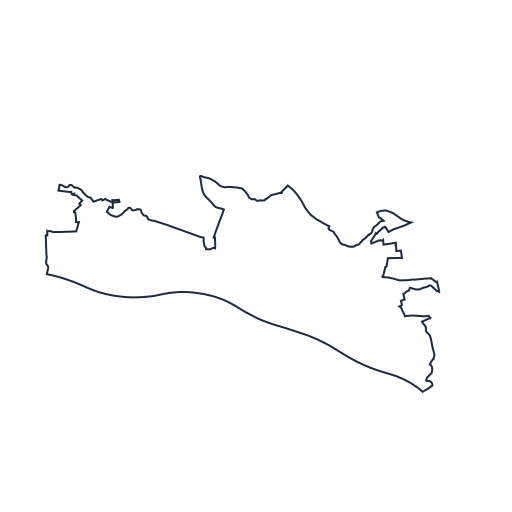 the district of Neder-Betuwe, Gelderland, Netherlands, rotated 19°
{"feature_id": "6326949B61475164445939", "entity_name": "Neder-Betuwe", "entity_type": "district", "adm_level": 2, "iso_a3": "NLD", "parent_name": "Netherlands", "parent_adm1": "Gelderland", "projection": "orthographic", "projection_center": [5.585, 51.922], "detail": "fine", "context": "isolated", "style": "outline", "palette": "slate", "viewbox_px": 512, "rotation_deg": 19, "n_neighbors": 0, "source": "geoboundaries", "source_scale": "gbopen_adm2", "svg_char_len": 6039}
<svg xmlns="http://www.w3.org/2000/svg" viewBox="0 0 512 512"><g transform="rotate(19 256 256)"><path d="M457.8,330.1L462.7,324.4L463.2,323.6L463.2,323.3L464.1,322.4L464.1,322.1L464.9,321.4L464.8,320.9L464.6,320.1L464.3,319.6L463.3,318.6L462.5,318.1L461.5,317.8L460.4,317.8L459.4,318.0L457.8,318.6L457.3,317.7L457.4,315.3L460.2,309.2L459.9,307.4L459.5,305.6L459.2,305.1L459.3,305.0L458.4,303.6L457.6,302.7L456.8,302.2L455.6,301.9L455.9,299.9L456.9,295.9L457.4,295.8L457.0,291.8L456.6,290.8L454.3,287.3L452.4,284.5L448.5,277.6L446.6,275.0L445.8,274.3L445.1,273.8L441.8,272.3L440.8,271.1L440.2,268.8L439.1,267.4L438.6,267.0L435.5,265.1L434.3,264.1L440.5,258.2L440.8,257.9L440.9,257.7L440.7,257.7L440.7,257.8L438.6,256.3L435.2,258.1L429.9,259.6L426.4,260.4L422.3,261.7L416.4,264.4L415.3,263.0L412.7,260.5L410.4,258.0L409.4,257.4L408.0,257.0L409.8,255.4L409.7,254.2L407.6,251.3L410.4,248.8L410.6,248.7L407.7,243.8L408.9,242.5L410.0,240.4L411.9,238.8L412.0,238.4L411.7,236.9L411.9,236.0L412.6,235.7L415.4,235.8L418.0,235.6L421.7,234.2L424.5,231.5L426.1,230.6L428.3,228.9L429.6,227.4L430.3,227.1L431.0,227.0L431.9,227.3L438.1,230.1L440.9,230.3L440.8,230.0L437.9,225.1L435.5,221.4L435.3,221.7L434.8,221.8L434.0,221.8L430.1,220.4L429.6,220.3L428.8,220.5L428.6,220.1L422.5,222.7L418.8,224.4L413.8,226.6L410.5,227.8L409.6,228.4L406.2,229.9L399.7,232.3L399.0,232.4L393.9,232.6L388.9,233.1L385.1,234.0L382.6,234.7L382.3,234.2L382.8,234.0L381.9,224.3L382.5,224.1L382.8,223.5L381.4,215.1L394.6,210.3L391.3,203.7L387.1,205.6L385.0,200.7L384.8,200.6L385.0,200.5L383.8,197.9L379.6,200.3L372.8,203.7L371.0,199.5L370.7,200.1L370.2,200.4L369.8,200.5L368.7,200.5L367.3,201.4L366.8,201.5L366.2,202.3L364.9,203.2L363.4,204.7L362.2,205.5L361.0,206.6L360.2,205.0L359.9,204.6L360.2,203.5L360.8,201.0L361.1,199.9L361.5,198.1L361.9,195.3L363.0,195.7L363.6,194.2L363.8,193.0L364.3,192.6L365.3,190.8L366.3,189.2L366.4,188.9L366.3,188.2L366.5,187.9L367.5,187.3L367.8,187.3L368.0,186.9L368.6,186.3L373.6,190.2L374.2,189.4L377.7,185.6L377.8,185.7L386.6,178.7L391.7,173.8L389.7,174.1L385.5,174.2L381.7,173.7L371.9,170.9L369.3,170.7L364.0,170.6L359.9,172.4L356.5,175.0L356.1,175.4L359.7,179.6L361.0,179.5L365.2,181.1L362.4,182.8L361.6,184.2L360.1,187.6L358.7,189.5L358.2,189.9L357.9,191.8L357.7,193.8L357.8,194.5L358.0,195.2L357.7,196.3L357.2,197.3L357.1,197.7L356.3,198.4L356.0,198.9L356.0,199.3L355.5,199.4L355.3,199.8L354.8,200.9L354.6,201.6L353.9,202.6L353.8,203.3L352.8,204.6L351.8,206.0L351.3,207.2L351.2,208.1L350.6,208.6L350.4,209.5L350.0,210.5L349.5,211.4L349.0,212.0L346.9,213.4L345.8,214.9L345.2,215.4L343.5,216.2L342.7,216.2L341.6,216.7L340.2,216.9L336.5,216.6L333.9,216.9L331.6,216.2L330.3,215.3L329.3,214.1L326.3,211.4L323.2,209.4L321.6,208.0L320.2,207.7L316.8,207.3L315.6,206.3L315.7,204.0L313.8,203.9L301.2,201.6L294.2,199.2L288.0,195.3L286.2,193.9L283.0,190.8L279.4,187.8L275.8,185.2L273.0,183.4L270.2,181.8L265.1,179.7L263.1,179.0L262.0,181.7L259.4,186.8L259.3,187.1L259.8,187.5L259.8,188.0L259.0,188.2L257.4,189.0L252.9,192.1L250.9,193.2L250.4,193.8L248.2,197.3L248.1,197.5L247.6,198.3L246.8,198.7L246.4,199.0L246.3,199.3L246.4,199.9L245.8,200.7L243.0,201.8L242.0,201.9L239.2,203.5L238.3,203.4L236.9,202.7L235.7,202.9L233.3,203.8L230.6,203.1L230.2,202.9L229.0,201.4L225.7,199.1L222.2,197.2L221.1,196.8L220.0,196.8L214.9,197.6L212.5,198.3L210.0,198.8L208.4,199.4L207.1,199.8L204.7,201.0L202.9,201.4L199.7,201.4L192.2,198.6L190.2,198.4L187.9,197.9L185.2,197.9L181.0,198.4L178.0,198.2L177.1,198.7L177.0,199.0L177.2,199.4L179.0,202.3L182.3,208.6L183.5,210.6L185.3,213.1L187.5,215.2L189.7,216.6L193.7,218.4L199.8,221.9L201.2,222.6L202.4,222.8L203.6,222.9L208.8,222.4L210.5,222.5L210.4,223.8L210.5,226.5L210.2,233.8L210.0,246.1L210.0,248.0L210.0,252.3L210.7,252.1L210.8,252.2L211.2,252.0L213.3,257.3L214.3,260.2L214.8,262.1L213.5,262.1L213.0,262.3L212.3,262.8L211.4,263.7L209.9,264.9L206.6,265.8L206.5,265.1L206.2,264.7L205.0,264.1L204.1,263.4L201.6,259.1L200.7,256.2L200.5,255.9L200.0,255.7L197.6,256.1L161.3,255.6L148.3,255.9L145.7,256.4L143.5,256.5L141.9,256.2L140.5,254.5L139.7,254.0L138.9,253.9L136.9,254.2L135.6,253.6L133.9,252.4L132.1,250.2L131.6,249.7L131.3,249.7L128.6,250.3L128.3,250.5L127.5,251.5L126.8,252.0L125.3,252.7L124.3,253.0L123.5,252.8L121.9,251.8L121.4,251.5L120.8,251.5L119.9,251.9L119.6,252.3L119.2,253.7L117.2,256.5L116.2,258.9L115.4,260.4L114.3,261.7L112.4,263.7L111.5,264.3L109.2,264.6L106.2,264.6L103.9,264.1L100.7,262.8L101.4,257.2L104.9,257.3L104.7,256.1L104.3,255.0L103.0,252.2L109.3,249.3L108.0,247.5L103.1,249.7L102.0,249.9L102.8,252.0L100.9,251.9L95.9,251.5L94.9,251.0L92.8,253.4L91.0,252.6L84.6,257.6L81.0,254.9L80.5,254.7L79.8,254.7L78.5,255.0L77.5,254.8L75.1,253.8L71.5,252.0L69.8,250.6L68.0,250.1L65.8,249.7L64.0,249.7L62.3,250.4L61.5,250.2L59.9,249.5L58.3,249.0L57.7,249.1L57.1,249.3L56.5,249.9L55.6,252.0L55.1,252.4L54.6,252.6L52.7,253.0L51.4,252.5L50.8,252.4L48.1,252.3L47.1,252.6L47.2,252.8L47.1,253.0L47.7,255.5L47.9,257.1L48.0,258.5L58.6,256.3L60.5,255.6L61.7,257.6L62.1,257.5L63.7,256.4L63.7,257.7L65.7,257.2L66.7,257.2L73.6,260.2L71.9,264.1L73.7,264.9L72.0,268.1L69.4,272.4L69.4,272.6L69.6,273.9L70.9,273.7L74.0,279.9L74.9,282.5L77.5,281.7L78.0,291.3L62.6,297.2L55.8,299.6L54.6,299.3L53.4,299.4L52.2,299.8L50.8,300.5L50.5,300.4L52.0,304.5L50.5,305.0L57.4,323.0L58.4,324.7L58.9,327.3L59.5,330.0L60.2,331.7L61.3,332.4L62.9,333.8L63.5,335.2L64.1,341.3L69.9,340.6L77.4,340.0L83.9,339.8L93.6,339.9L101.0,340.4L108.6,341.1L112.5,341.3L118.1,341.4L125.8,340.9L132.4,340.1L137.2,339.3L145.2,337.5L150.7,336.0L155.4,334.4L162.1,331.8L169.7,328.4L172.9,326.8L180.9,322.0L186.4,319.0L194.7,315.2L199.3,313.6L203.7,312.2L209.2,310.8L215.3,309.6L220.2,308.8L228.5,308.0L231.4,307.9L238.8,308.0L242.5,308.3L250.6,309.5L264.5,312.5L277.1,314.4L283.3,314.9L293.2,315.1L307.5,314.5L330.4,314.2L341.3,314.9L351.1,316.2L354.4,316.7L377.1,321.7L386.5,323.2L393.4,323.9L400.4,324.4L406.8,324.5L409.7,324.5L426.1,323.9L434.3,324.3L442.4,325.5L445.4,326.2L451.9,327.9L457.8,330.1Z" fill="none" stroke="#1e293b" stroke-width="2"/></g></svg>